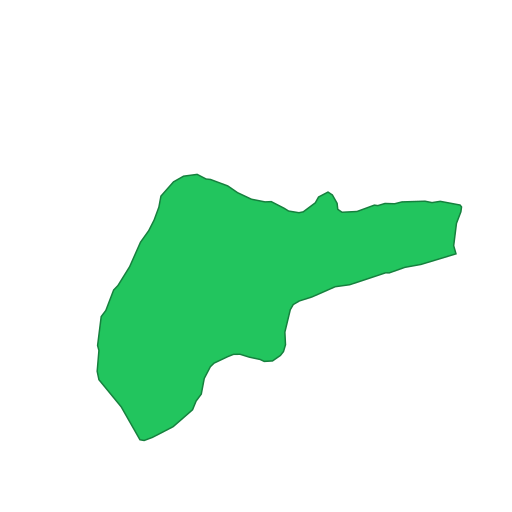 San Andrés Semetabaj, Sololá, Guatemala (Mercator projection), rotated 57°
{"feature_id": "79465075B93234456554890", "entity_name": "San Andrés Semetabaj", "entity_type": "district", "adm_level": 2, "iso_a3": "GTM", "parent_name": "Guatemala", "parent_adm1": "Sololá", "projection": "mercator", "projection_center": [-91.099, 14.754], "detail": "fine", "context": "isolated", "style": "filled", "palette": "green", "viewbox_px": 512, "rotation_deg": 57, "n_neighbors": 0, "source": "geoboundaries", "source_scale": "gbopen_adm2", "svg_char_len": 1157}
<svg xmlns="http://www.w3.org/2000/svg" viewBox="0 0 512 512"><g transform="rotate(57 256 256)"><path d="M241.6,160.8L240.6,171.4L243.7,177.3L244.7,192.3L243.1,196.4L236.0,204.2L231.3,206.4L218.7,213.6L215.6,218.9L205.9,228.9L192.8,237.0L181.9,241.5L167.0,252.5L164.3,255.9L155.5,260.9L149.6,273.3L148.9,284.8L154.0,303.1L162.1,310.8L170.4,321.9L176.3,332.1L181.5,345.3L196.1,367.7L205.6,387.9L207.0,393.9L219.9,411.6L222.5,418.8L244.8,437.6L249.7,439.2L266.2,452.0L274.2,455.1L309.1,451.2L346.9,453.4L349.8,450.3L351.7,441.7L354.0,418.4L350.4,393.0L345.0,385.2L342.0,377.1L330.5,366.1L324.0,354.6L323.0,349.5L325.0,334.6L326.2,328.5L329.7,322.9L337.2,316.7L345.0,308.9L348.9,306.5L353.0,299.3L352.7,289.7L351.1,285.0L346.5,279.6L335.5,273.2L319.7,256.5L317.0,251.2L317.3,244.1L320.8,231.4L324.9,206.3L331.1,193.1L340.7,156.4L342.7,153.5L346.6,137.3L352.9,122.3L363.1,87.1L355.0,84.6L337.8,70.1L330.5,60.1L326.8,56.9L324.4,57.1L310.5,71.7L307.1,79.3L302.1,84.4L290.1,104.2L287.7,111.3L282.2,119.2L280.1,126.4L277.8,129.0L273.7,147.0L266.2,160.0L261.4,162.0L256.0,159.3L246.4,158.7L241.6,160.8Z" fill="#22c55e" stroke="#15803d" stroke-width="1.5"/></g></svg>